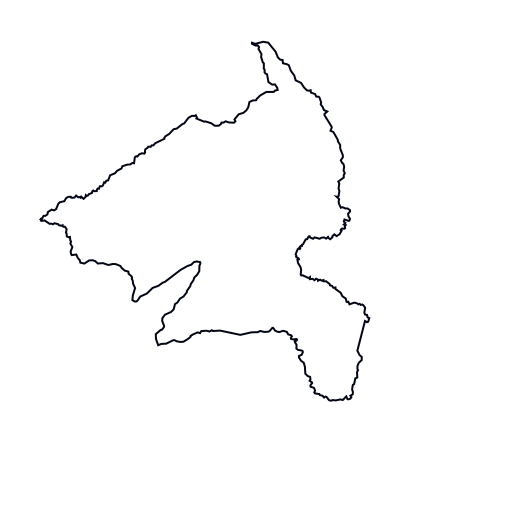 Barra do Garças, Mato Grosso, Brazil (orthographic projection), rotated 232°
{"feature_id": "56859067B49829973992443", "entity_name": "Barra do Garças", "entity_type": "district", "adm_level": 2, "iso_a3": "BRA", "parent_name": "Brazil", "parent_adm1": "Mato Grosso", "projection": "orthographic", "projection_center": [-52.509, -15.357], "detail": "fine", "context": "isolated", "style": "outline", "palette": "ink", "viewbox_px": 512, "rotation_deg": 232, "n_neighbors": 0, "source": "geoboundaries", "source_scale": "gbopen_adm2", "svg_char_len": 6146}
<svg xmlns="http://www.w3.org/2000/svg" viewBox="0 0 512 512"><g transform="rotate(232 256 256)"><path d="M415.9,108.4L414.1,111.3L408.4,113.2L407.4,114.7L406.0,115.5L405.9,117.3L402.9,119.7L401.7,119.6L399.6,121.4L399.3,122.5L398.6,122.0L397.6,122.3L396.8,123.4L393.7,123.3L391.4,120.6L390.4,120.6L387.9,119.0L386.0,120.0L385.5,121.1L382.5,119.2L381.3,119.2L380.1,117.4L376.1,116.8L373.6,112.6L371.3,111.5L370.2,111.3L367.8,115.3L364.2,114.4L361.1,114.5L358.9,113.5L355.7,116.1L355.2,121.8L353.2,124.7L350.8,126.2L347.5,126.7L344.6,131.0L339.8,134.1L337.8,138.4L335.8,140.6L331.6,143.0L329.3,142.8L325.4,143.5L322.3,145.8L320.4,144.7L316.8,145.4L315.3,145.1L314.6,144.1L312.5,143.7L309.9,142.1L305.2,141.0L300.7,134.6L297.3,131.4L294.7,132.5L293.8,133.8L293.8,135.1L295.3,139.9L293.6,146.9L294.5,154.9L292.6,160.7L292.4,166.2L291.7,168.1L291.5,188.0L290.3,195.9L289.0,199.5L289.4,203.4L288.1,206.0L285.6,208.2L284.5,207.7L283.0,205.3L278.9,201.9L277.4,197.9L277.0,194.1L275.4,191.7L274.1,187.5L272.7,185.5L271.0,180.0L270.0,179.1L268.7,173.9L269.2,169.8L267.7,165.3L268.0,162.6L264.7,158.4L264.4,156.4L264.2,154.5L265.8,148.2L264.7,144.0L262.6,142.1L257.4,140.5L256.5,139.3L255.8,136.3L256.4,135.5L256.1,128.9L252.2,126.1L245.9,124.0L245.1,127.1L242.2,131.3L240.6,138.9L239.8,140.0L237.6,141.0L234.9,143.4L233.1,146.1L232.5,151.8L232.6,154.6L233.3,155.4L233.0,157.9L231.7,163.0L229.7,164.4L230.5,166.6L227.6,171.0L225.1,172.9L224.7,175.5L223.4,175.9L219.3,181.8L203.5,195.1L198.6,205.5L194.9,210.5L194.3,213.2L191.2,215.6L188.8,219.0L188.5,220.6L189.3,224.7L188.7,225.3L185.4,225.1L183.1,226.3L181.7,227.6L180.3,231.4L177.2,233.6L174.5,233.1L171.6,235.0L170.6,234.8L170.0,233.0L168.9,232.6L167.2,234.2L165.6,236.9L164.6,236.7L164.4,235.5L165.0,234.1L164.4,233.6L161.1,233.3L158.1,230.8L156.2,231.3L153.4,233.8L152.3,234.2L151.3,233.6L150.0,231.1L150.8,228.3L149.7,227.4L145.8,227.0L142.5,227.9L138.5,226.3L132.9,222.4L129.7,222.8L127.4,224.2L125.3,223.0L124.7,221.4L121.9,222.3L121.2,221.9L120.9,220.0L120.1,218.8L119.2,218.6L116.6,220.4L115.7,220.4L113.5,219.6L112.6,217.9L111.4,217.9L108.2,220.9L107.1,220.7L104.9,222.4L102.6,222.5L102.5,224.2L101.6,224.8L97.4,224.8L95.7,226.1L95.3,227.7L93.0,230.1L91.1,234.1L89.1,235.7L89.8,240.7L86.9,240.0L86.2,240.5L85.5,242.6L86.0,244.2L87.8,244.4L87.4,247.0L89.1,248.6L91.7,249.6L94.2,252.2L94.8,253.0L94.7,254.5L98.4,258.9L97.9,261.0L102.4,264.2L103.2,266.1L104.6,266.4L107.0,268.4L108.6,271.4L108.9,275.2L111.4,277.2L114.2,276.6L119.0,277.6L137.7,301.9L135.5,302.7L135.1,303.9L137.3,307.0L138.9,306.2L141.2,307.2L142.8,305.9L144.8,306.6L147.9,310.1L151.0,310.3L152.3,309.9L153.0,308.4L154.5,308.2L154.9,306.9L156.6,306.4L158.7,304.8L160.4,299.9L163.1,300.6L163.7,299.3L164.5,299.3L167.3,300.5L171.1,299.3L174.9,300.1L181.2,298.3L182.3,299.2L183.3,297.4L185.7,297.5L187.4,296.2L188.5,296.8L192.9,295.7L194.4,293.7L195.1,293.4L195.6,294.1L196.3,292.5L197.9,291.9L198.3,289.7L199.2,290.3L201.1,289.4L200.9,287.2L203.1,286.6L204.6,284.2L206.1,285.5L206.1,284.2L206.8,283.6L212.2,280.8L212.8,279.7L213.7,279.7L217.5,283.2L219.8,284.2L224.6,284.8L227.7,286.4L227.0,287.8L227.9,288.1L230.7,287.1L231.4,288.0L232.9,288.2L235.7,293.0L235.7,293.8L234.5,294.8L234.9,295.7L235.9,295.2L236.4,297.3L235.7,298.4L236.4,298.9L236.3,300.2L238.5,305.4L237.8,306.7L239.0,309.6L238.5,310.4L237.1,310.1L234.4,311.6L234.6,313.6L230.4,316.8L230.1,318.8L228.8,321.0L226.5,322.0L226.7,324.5L225.4,324.2L223.5,324.9L223.7,327.7L224.6,328.4L224.8,331.1L222.1,331.7L221.7,335.2L223.2,339.0L224.3,338.7L224.6,339.3L224.7,340.7L223.2,342.1L223.1,343.4L224.5,344.0L225.1,345.7L226.7,344.6L227.1,346.8L229.1,346.4L230.3,348.2L226.4,350.8L226.6,351.7L227.3,352.9L230.3,353.3L232.6,354.5L233.2,357.6L234.3,358.3L237.1,357.4L238.3,355.8L241.2,354.2L241.8,352.6L246.2,353.6L248.0,354.6L249.6,356.5L253.2,356.0L252.2,356.9L252.4,358.0L255.9,361.7L258.3,362.6L261.8,366.2L264.0,366.7L263.8,373.5L265.8,375.0L266.5,376.9L269.4,377.6L272.1,380.5L274.9,381.6L276.5,381.2L279.2,381.7L280.3,385.2L282.0,386.5L288.8,388.5L291.7,390.7L295.8,391.1L297.3,392.0L305.3,393.2L306.3,393.2L308.8,391.8L310.7,394.9L311.4,395.2L325.0,396.7L325.7,397.3L326.0,401.1L329.1,399.4L332.6,400.3L335.0,400.3L335.9,400.5L336.7,401.8L341.8,403.6L342.8,403.5L344.6,401.6L347.2,402.3L350.9,399.9L353.0,401.1L353.7,399.3L355.3,398.1L359.3,397.6L364.6,398.1L370.0,395.4L374.7,397.3L380.5,397.5L386.1,399.3L388.0,398.5L391.3,395.9L394.0,397.6L396.0,395.9L399.1,395.5L404.8,397.2L416.6,397.0L420.4,393.5L423.6,386.1L426.5,384.1L425.7,383.5L422.1,385.2L420.8,387.0L418.8,387.1L417.5,385.4L411.7,384.6L409.6,382.5L404.4,380.6L403.0,380.8L398.8,377.5L397.5,377.5L395.6,375.9L393.9,375.8L392.4,376.6L385.4,372.9L381.0,374.3L379.6,376.6L375.5,376.3L373.5,375.3L374.6,373.0L374.4,371.0L378.9,365.2L379.9,358.3L379.4,353.5L378.7,352.0L380.6,349.1L381.4,345.6L377.9,341.4L376.7,338.0L376.6,334.1L378.3,329.7L376.9,323.1L374.8,322.7L374.6,320.7L377.8,317.0L380.8,315.0L381.1,312.6L382.4,310.9L381.6,309.8L381.6,307.0L383.0,304.9L384.4,303.5L388.1,302.5L393.1,299.1L393.7,297.9L401.0,293.7L401.4,294.7L404.0,295.2L404.1,293.9L405.9,291.8L406.5,287.9L404.7,281.0L405.3,278.9L405.2,272.0L406.6,269.1L405.6,262.8L406.1,258.4L405.7,256.7L404.8,256.0L406.9,246.0L406.4,243.2L407.4,241.8L406.9,240.2L408.5,238.4L408.0,236.9L408.2,234.7L407.6,233.5L405.8,232.3L405.4,231.1L407.2,229.3L408.0,226.6L407.4,223.8L408.2,223.3L408.5,222.1L408.3,221.2L404.2,217.0L405.4,215.9L405.6,213.2L407.2,210.9L409.0,206.0L407.8,203.9L408.7,199.1L408.0,195.8L409.4,190.8L406.6,186.0L407.5,184.4L406.6,182.3L407.6,181.8L405.8,178.7L405.8,177.5L407.1,175.9L405.7,173.6L406.6,172.9L406.3,171.6L405.2,170.5L406.8,168.3L407.8,168.1L407.9,167.1L406.7,165.6L407.6,162.4L407.1,160.6L407.6,159.6L408.7,159.4L407.5,158.0L407.2,155.3L410.4,154.8L409.9,153.7L410.9,153.4L411.8,152.0L414.4,151.4L413.8,149.1L414.7,147.4L415.8,146.3L416.7,146.5L418.2,144.4L418.5,142.0L417.2,138.7L419.1,134.5L419.0,132.6L416.1,127.5L416.1,126.1L416.2,125.0L418.3,123.6L418.8,119.2L417.2,117.2L417.3,114.8L418.4,113.3L417.4,111.0L417.7,109.8L416.7,109.6L417.2,108.6L415.9,108.4Z" fill="none" stroke="#020617" stroke-width="2"/></g></svg>